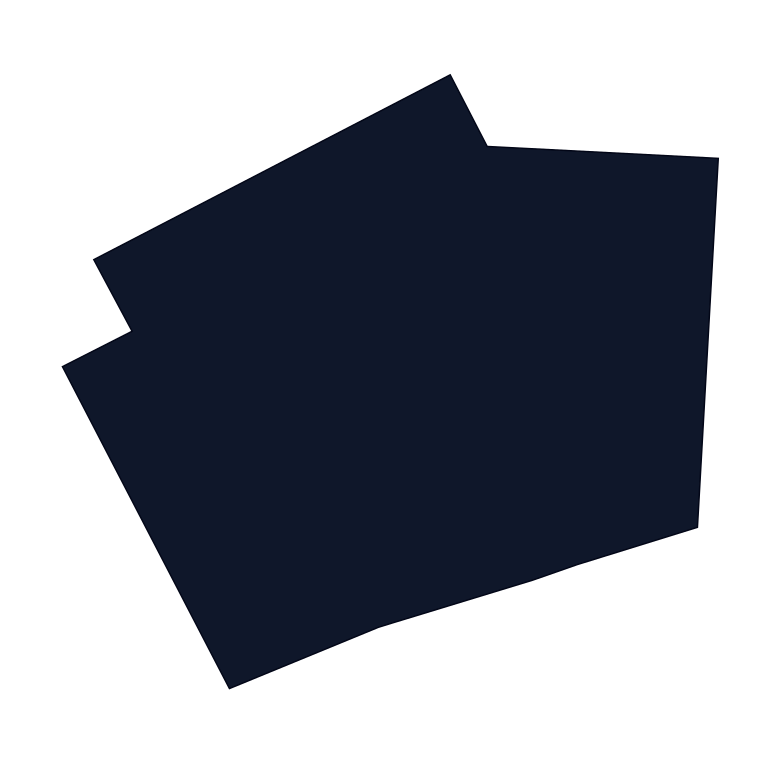 Erath, Texas, United States of America (Robinson projection), rotated 93°
{"feature_id": "52423323B59070350705897", "entity_name": "Erath", "entity_type": "district", "adm_level": 2, "iso_a3": "USA", "parent_name": "United States of America", "parent_adm1": "Texas", "projection": "robinson", "projection_center": [-98.148, 32.215], "detail": "fine", "context": "isolated", "style": "filled", "palette": "ink", "viewbox_px": 768, "rotation_deg": 93, "n_neighbors": 0, "source": "geoboundaries", "source_scale": "gbopen_adm2", "svg_char_len": 359}
<svg xmlns="http://www.w3.org/2000/svg" viewBox="0 0 768 768"><g transform="rotate(93 384 384)"><path d="M568.3,597.5L696.2,522.4L627.3,377.0L622.6,364.3L618.4,352.7L572.0,225.0L554.3,181.8L510.7,63.5L141.2,62.0L141.4,293.4L71.8,334.1L275.0,680.3L326.3,649.3L344.5,638.3L383.5,706.0L568.3,597.5Z" fill="#0f172a" stroke="#020617" stroke-width="1.5"/></g></svg>